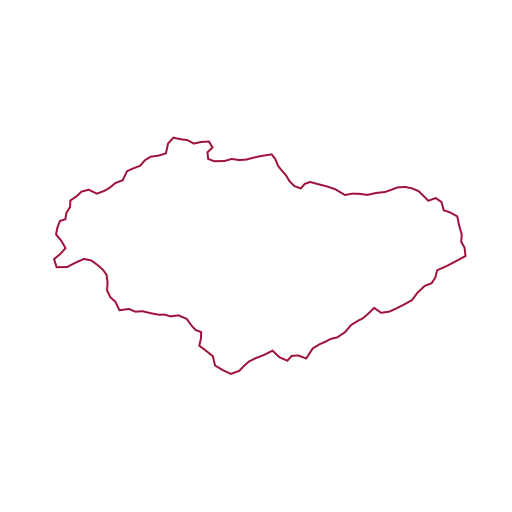 outline of Caranaíba, Minas Gerais, Brazil, rotated 21°
{"feature_id": "56859067B65666825780271", "entity_name": "Caranaíba", "entity_type": "district", "adm_level": 2, "iso_a3": "BRA", "parent_name": "Brazil", "parent_adm1": "Minas Gerais", "projection": "albers", "projection_center": [-43.724, -20.893], "detail": "fine", "context": "isolated", "style": "outline", "palette": "rose", "viewbox_px": 512, "rotation_deg": 21, "n_neighbors": 0, "source": "geoboundaries", "source_scale": "gbopen_adm2", "svg_char_len": 1895}
<svg xmlns="http://www.w3.org/2000/svg" viewBox="0 0 512 512"><g transform="rotate(21 256 256)"><path d="M451.6,180.9L447.7,173.5L442.5,169.2L440.4,162.3L434.8,154.8L429.7,146.9L422.0,145.8L414.8,146.0L409.9,139.2L403.1,137.5L397.0,142.7L391.2,140.0L384.6,137.2L377.8,136.9L370.5,138.1L363.3,141.4L358.3,146.0L353.2,150.2L345.5,154.1L338.2,159.0L329.9,161.0L323.5,163.3L317.2,167.2L306.2,165.3L297.3,165.6L287.0,166.8L280.0,167.5L275.7,171.2L273.6,176.9L266.8,177.0L260.7,174.3L254.9,169.8L249.1,166.8L244.0,163.7L239.4,158.7L234.2,155.5L225.3,160.6L218.7,164.9L212.5,169.4L206.1,172.4L198.6,174.1L192.4,178.7L183.0,182.5L176.6,182.5L173.5,176.6L176.5,170.2L171.1,166.0L164.1,169.1L157.7,173.3L150.6,172.4L143.3,174.1L136.5,175.1L133.6,182.5L135.1,192.4L129.5,196.9L121.9,201.2L118.0,206.4L115.5,213.3L109.8,218.4L105.2,223.0L104.4,233.1L98.5,238.3L94.9,244.8L91.2,249.4L85.1,254.8L76.0,254.1L69.9,258.6L67.1,264.6L62.8,270.7L64.9,277.1L63.5,283.8L64.9,289.9L60.4,293.6L60.4,300.7L61.6,307.5L69.0,311.7L75.3,316.9L72.6,324.2L68.6,331.3L73.9,337.9L83.6,334.0L89.7,327.1L96.4,320.4L104.0,319.2L111.6,321.3L118.4,323.9L123.2,327.1L126.8,333.6L129.3,341.5L134.8,346.7L141.0,349.0L148.0,355.6L156.2,351.0L163.4,351.2L169.6,348.3L179.0,347.0L186.6,345.6L191.8,343.4L197.6,343.1L204.9,339.2L213.8,339.5L220.8,344.1L226.0,346.7L232.1,346.7L234.2,352.9L235.2,360.1L243.0,362.3L251.6,365.0L257.0,372.9L265.6,374.4L274.7,375.1L281.5,369.3L284.1,363.1L287.2,357.1L292.8,351.0L298.8,345.6L305.3,338.5L314.3,342.1L322.8,342.5L325.1,336.5L331.1,333.7L339.6,333.7L342.1,321.9L347.0,315.6L351.6,311.1L355.5,306.6L361.0,302.9L366.4,295.2L369.5,286.4L374.0,280.4L378.1,275.9L381.4,269.7L384.9,262.1L393.1,264.2L400.3,260.2L405.5,255.0L411.7,248.1L417.4,241.4L419.9,232.5L424.1,223.6L429.7,218.5L431.1,211.9L430.3,204.4L437.7,196.9L444.7,189.0L451.6,180.9Z" fill="none" stroke="#9f1239" stroke-width="2"/></g></svg>